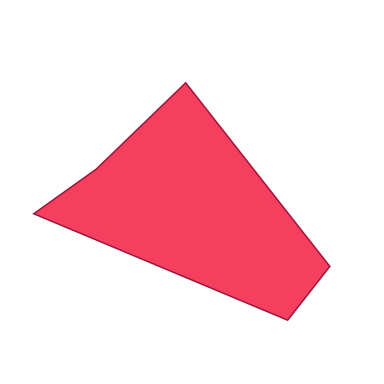 the District of The Valley, rotated 12°
{"feature_id": "AIA-5126", "entity_name": "The Valley", "entity_type": "District", "adm_level": 1, "iso_a3": "AIA", "parent_name": "Anguilla", "parent_adm1": "", "projection": "orthographic", "projection_center": [-63.059, 18.236], "detail": "fine", "context": "isolated", "style": "filled", "palette": "rose", "viewbox_px": 384, "rotation_deg": 12, "n_neighbors": 0, "source": "natural_earth", "source_scale": "10m", "svg_char_len": 250}
<svg xmlns="http://www.w3.org/2000/svg" viewBox="0 0 384 384"><g transform="rotate(12 192 192)"><path d="M41.7,246.2L93.6,189.5L163.1,86.5L300.2,201.0L342.3,236.1L312.2,297.5L41.7,246.2Z" fill="#f43f5e" stroke="#9f1239" stroke-width="1.5"/></g></svg>